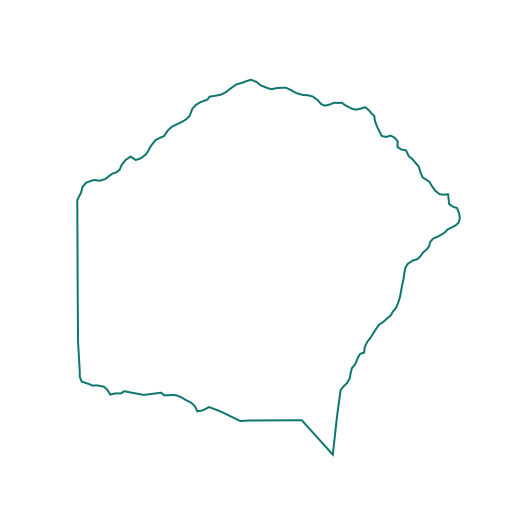 Água Fria, Bahia, Brazil (Robinson projection), rotated 15°
{"feature_id": "56859067B52662143851434", "entity_name": "Água Fria", "entity_type": "district", "adm_level": 2, "iso_a3": "BRA", "parent_name": "Brazil", "parent_adm1": "Bahia", "projection": "robinson", "projection_center": [-38.688, -11.822], "detail": "fine", "context": "isolated", "style": "outline", "palette": "teal", "viewbox_px": 512, "rotation_deg": 15, "n_neighbors": 0, "source": "geoboundaries", "source_scale": "gbopen_adm2", "svg_char_len": 2326}
<svg xmlns="http://www.w3.org/2000/svg" viewBox="0 0 512 512"><g transform="rotate(15 256 256)"><path d="M443.1,166.7L441.0,162.0L437.8,157.7L433.0,157.3L429.1,155.8L427.3,151.0L425.5,146.7L421.5,148.2L417.5,148.8L412.5,146.7L408.3,143.4L404.5,139.6L401.0,138.3L396.6,137.0L392.8,132.0L390.0,127.5L386.1,124.8L381.9,121.9L377.8,120.1L373.6,115.2L368.8,115.5L364.5,114.1L363.2,108.6L359.1,105.8L354.7,104.9L351.3,107.2L346.5,107.6L343.6,104.4L339.7,100.0L335.9,94.7L333.9,90.0L330.8,88.5L327.6,86.2L323.0,84.0L318.4,86.9L314.4,88.9L309.9,88.8L303.2,87.3L299.3,85.8L295.7,86.9L291.9,87.7L287.7,90.8L283.5,93.0L279.7,92.4L275.3,89.5L269.6,87.3L264.4,87.3L259.7,88.3L254.8,88.3L251.2,87.9L246.9,86.7L241.3,85.7L237.2,86.9L232.9,88.3L228.0,90.8L224.7,90.9L220.9,90.5L216.1,89.9L211.5,87.7L205.4,87.1L201.5,89.6L197.2,92.6L192.3,95.6L187.3,101.8L184.0,106.1L180.1,109.4L174.0,112.3L169.9,114.1L168.5,117.6L165.4,119.7L162.2,122.1L159.0,125.4L156.5,129.9L155.6,137.9L153.1,142.1L150.0,145.4L146.0,148.8L141.3,152.9L138.2,157.8L136.3,163.8L133.3,166.2L129.0,169.9L127.0,174.5L125.4,178.8L124.7,182.5L123.2,186.6L119.2,191.7L114.9,194.4L109.2,192.4L105.3,196.8L102.7,202.6L102.0,207.9L99.6,211.2L96.0,213.6L93.3,216.9L90.4,220.8L85.6,223.7L79.8,224.5L75.9,227.0L72.8,229.3L70.5,234.3L70.6,240.2L68.9,248.2L82.7,298.8L93.9,339.9L106.3,384.9L115.9,413.9L116.9,418.0L120.0,422.4L124.3,422.7L127.9,422.9L131.7,423.5L135.8,422.1L142.9,421.6L147.2,423.9L151.1,427.6L155.7,425.1L161.1,423.7L163.6,420.8L183.7,419.2L199.8,412.6L203.5,414.3L207.4,413.2L210.9,411.9L215.4,411.2L220.8,411.9L225.5,413.3L230.9,414.3L235.8,416.9L239.5,421.2L244.0,419.2L246.9,416.8L249.6,414.1L261.2,415.2L283.6,419.5L291.5,416.8L342.7,402.8L381.6,428.0L375.8,390.1L372.4,363.6L374.5,358.9L376.9,355.0L378.2,350.1L377.7,344.5L377.7,339.4L379.9,334.7L380.7,327.9L381.9,323.6L385.4,321.4L384.6,315.8L385.7,310.1L387.8,305.3L389.5,299.6L391.1,294.7L392.4,290.8L396.3,286.3L399.3,281.6L401.7,278.1L402.6,274.2L404.6,270.2L405.4,264.6L405.7,259.0L405.2,252.5L404.7,246.5L404.5,240.6L403.7,234.2L403.3,228.7L404.6,224.3L408.6,219.8L412.7,217.3L414.9,213.6L416.5,209.2L419.4,205.2L420.7,201.6L420.6,197.5L422.6,193.3L426.8,190.1L429.7,187.2L432.3,184.3L434.2,180.9L437.2,178.1L440.6,175.1L443.1,171.4L443.1,166.7Z" fill="none" stroke="#0f766e" stroke-width="2"/></g></svg>